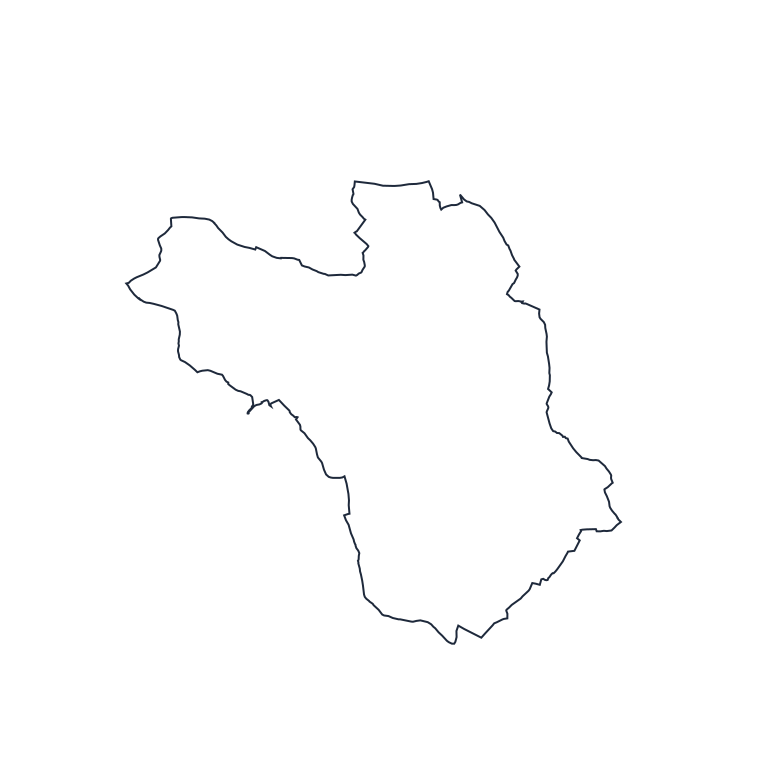 Frata, Cluj, Romania (orthographic projection), rotated 29°
{"feature_id": "2599482B89853314027288", "entity_name": "Frata", "entity_type": "district", "adm_level": 2, "iso_a3": "ROU", "parent_name": "Romania", "parent_adm1": "Cluj", "projection": "orthographic", "projection_center": [24.028, 46.701], "detail": "fine", "context": "isolated", "style": "outline", "palette": "slate", "viewbox_px": 768, "rotation_deg": 29, "n_neighbors": 0, "source": "geoboundaries", "source_scale": "gbopen_adm2", "svg_char_len": 6153}
<svg xmlns="http://www.w3.org/2000/svg" viewBox="0 0 768 768"><g transform="rotate(29 384 384)"><path d="M592.1,558.7L593.4,553.0L596.0,542.4L596.4,539.9L598.1,537.8L601.8,532.4L602.8,531.3L605.5,529.2L603.3,525.1L601.4,523.5L600.7,522.8L600.6,522.4L600.9,521.2L601.8,518.9L602.8,515.3L607.6,505.3L608.1,502.6L610.7,494.6L610.9,492.8L610.2,486.2L613.5,485.1L617.6,484.1L616.3,478.6L617.7,477.2L619.7,477.3L621.1,476.9L622.1,476.1L621.8,474.0L622.3,472.8L622.5,470.2L622.8,468.8L623.2,467.7L624.1,467.3L624.8,465.0L625.3,462.2L626.4,452.4L626.2,446.7L626.3,443.0L626.2,441.4L631.4,437.6L631.0,425.9L627.6,425.3L627.5,420.9L627.7,417.2L626.8,416.4L628.2,415.2L631.7,412.9L639.7,408.2L641.4,409.7L644.5,408.1L647.5,405.8L650.2,404.6L654.0,401.8L655.2,397.9L656.0,394.6L658.1,389.8L654.5,388.8L653.7,388.0L653.0,388.0L652.2,387.2L649.5,385.8L649.0,385.8L644.8,384.2L642.0,382.7L640.6,381.6L637.9,377.9L633.3,374.1L629.8,371.7L627.9,369.4L627.9,369.1L629.7,365.8L631.4,360.5L631.9,359.5L628.7,356.9L628.0,355.9L627.1,353.9L626.3,353.2L623.2,351.5L619.6,350.1L617.1,348.7L608.8,346.9L606.2,347.8L603.8,349.3L600.7,350.6L598.5,350.9L592.8,352.9L592.4,352.5L585.3,350.4L580.7,348.6L573.5,344.8L571.1,342.7L569.3,343.2L567.7,342.5L566.2,343.5L565.1,342.7L561.1,342.0L559.0,343.0L556.8,342.6L554.8,343.2L551.8,341.7L547.9,338.2L540.0,330.0L539.7,329.1L539.4,325.7L539.1,324.8L538.4,324.0L536.1,322.7L535.7,322.2L534.7,314.9L534.9,312.0L534.7,310.0L529.9,308.8L529.1,305.3L527.7,301.4L524.8,295.9L523.3,294.3L521.0,289.7L518.6,286.3L514.0,280.4L511.3,277.7L505.6,268.3L503.5,263.6L501.9,261.4L497.9,256.8L496.2,254.1L493.8,252.4L489.3,251.1L487.7,250.2L485.5,247.2L483.9,243.5L469.7,244.8L468.4,245.1L467.7,245.7L465.5,246.3L465.0,245.9L464.4,245.8L465.3,244.9L465.3,244.6L464.3,245.3L461.3,246.3L459.1,247.7L458.0,248.1L453.6,246.9L451.7,246.6L450.0,245.9L448.0,245.8L447.5,243.4L447.9,241.9L448.0,234.3L448.8,232.7L448.8,232.0L448.6,228.7L448.7,226.4L448.4,224.4L447.6,222.9L444.2,221.0L444.3,219.6L445.5,215.7L437.5,212.1L437.1,211.6L433.5,209.2L429.9,206.0L428.3,205.0L425.5,202.6L423.6,202.6L420.1,200.5L417.3,198.2L411.2,195.0L402.5,189.2L397.3,186.7L392.7,185.3L387.6,183.1L381.4,181.8L373.1,183.4L370.1,183.5L367.9,184.2L364.6,183.8L358.6,181.5L364.3,187.3L363.1,188.5L361.7,191.0L360.5,192.3L358.5,193.6L356.2,194.8L352.6,198.4L350.4,201.1L349.5,203.7L348.0,202.7L346.3,200.9L344.6,198.0L343.4,197.9L341.8,197.1L340.8,197.1L337.7,198.2L334.1,192.9L331.6,190.3L324.8,185.0L323.3,186.6L319.7,189.9L315.3,193.3L309.0,197.1L302.4,202.3L297.0,205.8L286.9,211.1L278.6,213.5L260.3,221.0L261.9,224.7L262.4,226.2L262.1,228.9L265.1,232.5L265.3,233.2L265.1,233.8L265.7,236.4L266.4,238.6L267.3,240.1L269.5,241.6L275.9,243.7L278.9,246.3L280.9,247.4L284.6,248.5L286.3,249.2L288.0,249.3L286.2,263.6L285.4,264.7L284.9,266.0L285.7,266.1L286.8,266.8L292.1,268.2L301.0,270.0L303.5,271.0L303.6,272.0L302.7,276.2L302.1,278.0L302.1,279.2L301.8,279.7L303.7,281.5L305.7,285.3L307.5,286.9L309.5,289.3L310.0,290.1L310.2,290.7L309.9,294.4L310.1,297.1L309.9,297.7L308.4,299.6L307.7,301.6L306.9,302.8L303.3,303.7L297.4,307.5L293.3,309.4L282.6,316.1L278.9,316.4L277.8,316.9L272.3,318.0L270.4,317.9L266.0,318.5L261.8,318.5L257.6,319.7L254.7,320.1L249.7,316.6L248.1,317.2L244.5,317.7L242.4,318.5L232.8,323.6L232.9,324.1L229.0,325.7L224.3,326.5L221.7,326.3L215.4,325.4L205.9,326.3L206.2,328.8L200.3,330.2L195.7,331.7L188.1,333.2L181.2,333.2L177.8,332.8L174.3,332.0L169.4,329.8L163.3,328.0L160.5,326.6L157.5,325.6L157.5,325.4L154.8,324.8L151.5,324.9L147.1,326.3L142.0,328.8L135.4,331.3L128.8,334.6L125.8,336.3L118.5,341.1L117.5,342.2L117.5,342.8L121.6,349.2L121.0,351.0L120.5,354.1L119.3,358.6L116.9,363.3L116.0,365.7L116.0,366.6L116.5,367.5L120.7,371.4L123.5,373.5L124.4,375.0L124.7,376.0L125.0,380.1L126.0,381.7L128.1,384.0L128.4,384.8L128.0,392.6L123.1,401.1L120.4,405.0L115.9,410.6L114.3,413.0L112.5,416.4L111.7,419.3L109.9,421.0L112.5,422.0L116.1,424.3L122.3,426.9L127.5,428.2L128.3,428.3L127.8,427.8L128.0,427.7L129.9,428.2L133.9,428.5L136.6,428.1L139.8,426.7L143.5,425.6L151.5,423.6L163.6,421.4L165.5,421.3L168.2,423.0L170.0,424.5L172.6,428.0L174.2,429.6L175.1,431.5L180.1,437.1L181.5,439.9L182.8,444.4L184.0,446.5L184.5,448.1L186.1,449.9L187.0,453.3L187.5,454.4L188.2,455.5L190.6,458.0L191.8,459.8L194.0,461.4L194.9,461.6L199.3,461.3L205.1,461.9L211.8,463.3L215.1,464.2L216.8,462.2L218.6,460.5L223.2,457.3L225.8,456.6L233.3,455.8L237.8,454.4L239.3,455.0L243.0,457.5L245.1,458.3L247.1,458.2L247.7,459.5L249.4,459.9L257.0,460.9L259.8,460.7L262.1,459.9L268.8,459.2L270.6,459.2L271.9,458.6L272.7,458.6L275.0,459.3L279.5,465.2L279.6,466.2L279.4,467.9L279.8,468.6L279.8,469.4L278.9,472.4L278.6,474.5L278.8,475.6L279.0,475.9L279.5,475.8L279.8,475.4L279.3,475.0L279.3,474.3L281.2,466.5L281.9,465.2L282.7,464.1L285.0,462.2L286.2,460.5L286.4,460.1L285.8,459.2L286.5,458.6L287.4,456.9L288.9,455.3L289.6,454.8L290.1,454.8L291.6,455.6L294.0,458.1L295.9,458.3L294.5,457.3L294.8,455.6L299.8,448.9L307.3,451.3L314.0,453.1L314.7,453.5L315.3,454.4L317.6,455.4L320.0,455.7L322.0,456.3L323.8,455.1L324.5,455.0L324.2,457.7L330.2,460.4L331.4,461.6L333.0,464.3L333.7,464.8L338.3,465.6L343.7,468.2L346.8,469.0L351.0,470.6L354.5,472.5L355.6,473.4L359.5,478.0L361.8,480.3L366.8,482.3L368.2,483.2L373.0,488.0L377.2,491.2L380.7,492.0L382.8,491.6L385.0,490.8L390.9,487.5L392.9,485.9L394.2,483.9L399.6,489.3L406.2,497.4L409.8,502.8L411.9,507.1L416.7,514.2L415.6,515.1L412.8,518.2L416.8,521.6L421.3,524.3L427.5,530.6L432.8,534.7L434.2,536.3L436.2,538.0L436.9,538.3L437.7,539.4L439.5,541.0L442.2,542.2L444.4,543.9L445.3,546.6L446.8,549.6L447.0,550.6L446.9,551.2L448.1,552.4L448.5,553.3L452.3,557.2L453.9,559.5L456.1,561.7L460.3,566.6L463.4,570.6L468.6,577.8L470.4,579.5L472.6,580.4L476.2,581.0L476.7,581.3L480.7,581.7L482.2,582.5L488.8,584.1L494.2,586.5L496.3,586.4L500.4,584.8L505.1,584.4L510.7,582.8L512.2,582.0L523.0,578.6L524.6,577.9L527.2,575.5L530.4,573.1L537.7,571.1L541.8,571.3L544.9,572.4L547.2,572.8L552.1,574.7L556.9,575.9L563.5,578.1L565.8,578.4L569.2,578.2L571.3,577.1L571.4,574.9L570.2,570.2L567.1,564.9L566.1,559.3L572.9,559.4L592.1,558.7Z" fill="none" stroke="#1e293b" stroke-width="2"/></g></svg>